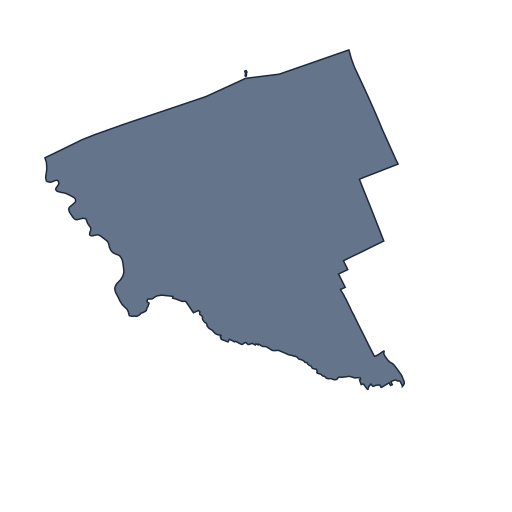 Tran Van Thoi, Cà Mau, Vietnam (Albers equal-area conic projection), rotated 68°
{"feature_id": "81297802B31922203315935", "entity_name": "Tran Van Thoi", "entity_type": "district", "adm_level": 2, "iso_a3": "VNM", "parent_name": "Vietnam", "parent_adm1": "Cà Mau", "projection": "albers", "projection_center": [104.985, 9.126], "detail": "fine", "context": "isolated", "style": "filled", "palette": "slate", "viewbox_px": 512, "rotation_deg": 68, "n_neighbors": 0, "source": "geoboundaries", "source_scale": "gbopen_adm2", "svg_char_len": 6109}
<svg xmlns="http://www.w3.org/2000/svg" viewBox="0 0 512 512"><g transform="rotate(68 256 256)"><path d="M428.2,165.8L427.1,165.6L425.5,165.8L422.3,165.6L420.2,165.9L416.5,166.8L411.0,168.2L408.4,169.0L407.0,169.6L404.9,171.4L403.0,172.4L401.2,173.0L399.0,173.5L397.1,174.0L395.5,174.1L394.3,174.0L393.8,173.8L392.4,172.9L392.0,173.0L392.2,174.6L392.8,177.2L393.3,179.5L393.5,181.8L393.4,183.8L381.1,184.9L367.9,185.9L356.1,186.9L347.6,187.4L342.6,188.0L338.7,188.1L336.2,188.4L330.3,188.7L327.1,189.1L325.0,189.2L319.1,190.2L318.7,190.2L318.5,185.0L308.7,185.8L303.6,186.2L303.0,176.0L293.2,176.7L292.5,168.2L291.8,156.4L290.8,144.0L290.0,131.9L275.1,131.7L254.3,131.5L238.0,131.5L223.6,131.4L223.6,131.0L223.5,129.2L223.6,121.3L223.7,113.5L223.8,105.7L223.9,97.8L224.0,89.8L219.4,90.2L185.4,91.5L174.2,91.6L162.8,91.9L151.4,92.3L140.1,92.8L128.9,93.4L117.6,94.0L109.1,93.7L106.3,93.4L102.4,92.9L99.7,92.7L96.1,166.4L87.4,199.1L89.4,242.3L89.2,246.7L84.4,328.3L83.1,359.5L83.0,373.5L85.7,412.2L85.9,415.0L87.4,415.0L90.3,415.2L93.4,416.1L97.6,417.7L101.2,419.8L103.2,421.0L104.7,421.7L106.3,422.0L107.2,422.2L107.9,422.2L108.8,421.7L109.5,420.7L110.2,419.8L110.6,418.9L110.8,417.4L110.8,414.2L111.0,412.8L111.4,412.0L112.3,411.3L113.4,411.3L114.7,411.5L115.4,412.0L116.2,413.0L117.9,415.7L118.7,416.5L119.2,416.8L120.1,416.7L121.2,416.3L122.5,414.9L124.2,412.6L125.9,409.8L126.9,408.7L129.9,405.9L133.2,403.2L134.4,402.5L135.6,402.2L136.4,402.3L137.1,402.5L137.9,403.0L138.6,404.1L139.7,407.0L140.5,409.8L141.1,411.0L141.8,411.7L142.7,412.2L145.1,412.5L147.5,412.1L151.4,411.3L153.1,410.7L154.2,410.0L154.8,409.4L155.3,408.3L155.8,404.5L156.1,403.1L156.3,402.4L156.8,401.1L157.1,400.5L157.8,400.0L158.8,399.8L160.4,399.8L162.5,399.9L164.6,399.5L167.1,398.9L167.9,398.8L168.6,398.8L169.4,399.2L170.5,399.9L171.9,401.2L173.5,402.1L174.0,402.2L174.7,402.1L175.2,401.6L175.6,401.0L176.1,399.7L176.5,397.3L176.8,395.4L177.2,394.5L177.7,393.9L178.7,393.0L181.3,391.4L185.9,388.7L187.3,388.2L189.1,388.0L192.8,388.6L194.9,388.6L196.6,388.4L199.0,387.6L200.4,386.5L201.9,385.1L203.5,383.3L204.5,382.5L205.5,382.1L208.0,381.6L209.7,381.6L212.1,381.9L217.5,383.3L221.1,384.4L222.6,385.3L224.9,387.2L227.4,390.7L229.1,394.7L230.1,396.3L231.3,397.7L232.3,398.5L233.2,399.1L234.5,399.5L236.0,399.7L238.0,399.8L241.6,399.3L246.9,399.0L251.2,398.2L255.6,396.2L257.1,395.5L259.7,395.3L262.6,395.7L263.9,395.8L264.5,395.0L265.5,393.4L265.8,392.6L266.0,391.4L266.4,390.8L266.9,390.0L267.2,389.4L267.2,388.8L267.2,387.9L267.0,386.6L266.6,385.2L266.1,384.4L266.0,383.8L266.1,382.0L265.8,379.2L265.7,378.8L265.4,378.1L264.8,377.6L264.4,377.3L264.0,377.2L263.7,377.0L262.4,375.2L261.8,374.6L261.4,374.4L261.1,374.2L260.8,373.9L260.5,373.4L260.2,373.1L259.8,372.9L259.4,372.9L259.2,373.1L258.3,373.8L257.9,374.0L257.3,374.0L256.6,373.5L256.3,373.4L256.0,373.3L255.8,373.1L255.6,372.3L255.5,371.5L256.1,370.7L256.7,369.0L256.8,368.1L256.7,367.2L256.2,365.5L256.0,364.2L255.9,362.8L256.7,359.2L257.4,357.3L261.5,349.6L262.4,348.2L263.8,349.1L266.1,346.1L268.5,343.6L270.5,341.4L271.4,338.7L271.9,338.2L273.8,337.7L279.0,336.6L285.2,335.3L285.0,329.8L286.6,329.0L286.9,329.0L287.4,329.4L288.2,329.8L289.0,329.9L289.6,329.8L290.0,329.4L291.3,328.7L291.8,328.5L292.2,328.5L292.6,328.5L293.0,328.7L293.8,329.1L294.4,329.2L295.2,329.2L296.3,329.0L298.1,328.5L299.3,327.6L299.8,327.4L300.4,327.3L301.0,327.3L301.9,327.4L302.6,327.5L303.2,327.4L304.7,327.0L305.7,326.5L307.3,325.3L308.5,324.4L310.4,323.7L312.7,322.8L314.0,321.7L314.9,320.6L315.9,319.0L316.2,318.4L316.5,318.1L317.1,318.8L317.4,319.2L317.7,319.5L318.3,319.1L318.8,319.0L319.2,319.1L319.5,319.5L320.4,319.3L323.4,316.0L325.2,314.1L323.3,311.9L327.6,308.0L327.5,306.9L328.7,305.9L331.8,303.2L332.7,302.3L332.8,301.8L332.8,301.2L332.3,299.5L332.3,298.7L332.3,298.3L332.4,297.9L333.8,297.2L334.4,296.9L334.9,296.6L335.4,295.8L335.6,292.2L338.3,290.0L337.5,288.9L339.2,287.2L338.7,286.7L339.8,285.7L341.3,284.7L342.2,283.9L343.0,282.3L343.5,281.2L344.3,280.2L346.6,278.5L348.3,277.3L349.1,276.7L349.6,276.3L350.1,275.5L350.8,274.0L351.3,272.3L351.8,271.0L352.2,270.2L353.1,269.3L355.2,267.2L357.4,265.0L359.2,263.4L360.2,262.2L361.7,259.8L362.3,259.2L363.0,258.4L363.7,257.3L364.5,256.3L364.8,256.0L365.2,255.8L365.8,255.6L366.8,255.3L367.6,254.9L368.0,254.4L369.2,252.8L370.2,251.8L370.7,251.4L371.4,251.0L371.9,250.8L372.4,250.6L372.8,250.5L373.2,250.2L373.4,249.9L373.8,249.0L374.5,248.6L374.9,248.5L375.5,248.5L376.0,248.4L376.5,248.1L376.8,247.9L378.1,246.8L378.6,246.3L379.2,246.1L379.7,246.0L380.5,246.0L381.1,245.8L381.4,245.6L381.7,245.3L382.0,245.0L382.8,243.7L383.5,242.6L384.0,242.4L385.0,242.4L385.7,242.4L386.2,242.7L386.9,243.3L387.4,243.2L387.8,242.9L388.6,241.9L389.4,240.7L389.9,240.2L390.1,240.0L390.5,239.8L391.0,239.7L391.6,239.5L391.9,239.3L392.2,239.1L392.5,238.6L393.0,237.9L393.2,237.7L393.7,237.3L394.1,237.1L394.5,237.0L394.9,236.9L395.3,236.8L395.6,236.6L395.9,236.3L396.6,235.4L397.3,233.9L397.7,232.5L398.0,232.0L399.3,230.8L400.0,229.8L400.6,228.4L400.6,227.6L400.5,226.8L400.1,226.2L399.6,225.5L399.5,224.5L399.8,223.4L400.4,222.3L400.7,221.5L401.1,220.1L402.2,215.7L402.5,214.6L404.0,212.6L406.0,210.2L407.1,206.8L408.0,205.0L409.6,205.4L409.6,206.4L414.6,206.7L414.8,204.6L415.3,204.2L420.3,203.0L421.5,202.4L421.5,202.0L420.3,201.2L419.1,200.0L418.6,198.8L418.1,198.1L417.8,197.8L417.8,197.6L418.0,197.4L420.0,196.7L420.5,196.5L420.8,196.2L420.8,195.5L420.8,194.0L420.9,192.9L421.6,190.6L422.0,189.6L422.3,189.4L424.1,189.4L424.6,189.3L424.8,189.1L424.8,188.6L424.5,186.5L423.9,182.8L423.5,180.1L426.4,179.8L426.4,177.8L423.1,178.0L423.0,176.4L423.0,174.3L423.4,172.7L424.0,172.4L424.8,171.7L425.0,171.4L425.2,170.9L425.4,170.0L425.7,169.7L426.7,169.3L430.0,169.0L431.3,169.0L431.8,169.2L431.4,168.3L430.5,167.1L429.8,166.3L428.2,165.8ZM85.0,197.2L83.9,196.8L83.3,196.6L82.7,196.0L82.4,195.7L81.9,195.5L80.8,195.6L80.5,195.7L80.3,195.8L80.2,196.2L80.2,196.6L80.6,197.2L81.2,197.3L82.1,197.3L82.9,197.4L83.7,197.9L84.5,198.4L84.9,198.6L85.4,198.5L85.6,198.1L85.5,197.6L85.0,197.2Z" fill="#64748b" stroke="#1e293b" stroke-width="1.5"/></g></svg>